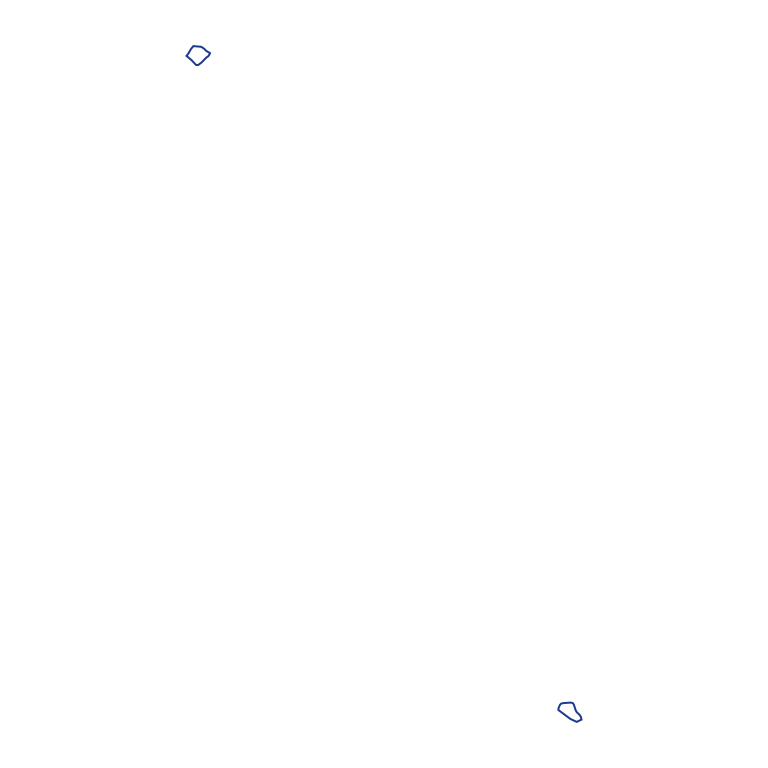 outline of Tristan da Cunha
{"feature_id": "SHN-4865", "entity_name": "Tristan da Cunha", "entity_type": "state/province", "adm_level": 1, "iso_a3": "SHN", "parent_name": "Saint Helena", "parent_adm1": "", "projection": "natural_earth1", "projection_center": [-11.177, -38.727], "detail": "fine", "context": "isolated", "style": "outline", "palette": "blue", "viewbox_px": 768, "rotation_deg": 0, "n_neighbors": 0, "source": "natural_earth", "source_scale": "10m", "svg_char_len": 518}
<svg xmlns="http://www.w3.org/2000/svg" viewBox="0 0 768 768"><path d="M191.0,49.0L192.8,46.8L193.5,46.1L201.2,46.8L204.0,48.6L206.4,51.0L210.0,53.1L209.3,54.8L208.5,55.9L207.7,56.7L206.6,57.3L201.3,62.7L198.2,65.0L196.1,65.0L191.6,60.2L186.5,55.9L188.1,54.0L191.0,49.0ZM576.6,712.0L579.8,715.1L580.8,716.7L581.5,719.6L576.7,721.9L570.3,718.9L558.4,710.0L558.4,708.6L559.9,704.9L561.2,703.6L563.4,703.1L570.7,702.6L572.8,703.1L573.9,704.7L575.6,710.1L576.6,712.0Z" fill="none" stroke="#1e3a8a" stroke-width="2"/></svg>